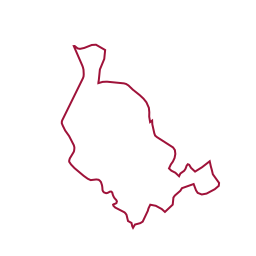 SVG path tracing the border of Varese, rotated 340°
{"feature_id": "ITA-5451", "entity_name": "Varese", "entity_type": "Province", "adm_level": 1, "iso_a3": "ITA", "parent_name": "Italy", "parent_adm1": "", "projection": "equal_earth", "projection_center": [8.786, 45.833], "detail": "fine", "context": "isolated", "style": "outline", "palette": "rose", "viewbox_px": 256, "rotation_deg": 340, "n_neighbors": 0, "source": "natural_earth", "source_scale": "10m", "svg_char_len": 1717}
<svg xmlns="http://www.w3.org/2000/svg" viewBox="0 0 256 256"><g transform="rotate(340 128 128)"><path d="M105.1,32.5L105.9,32.7L107.9,36.0L109.9,37.2L114.2,37.8L122.4,37.6L126.4,38.8L133.2,46.9L129.3,55.0L121.6,63.4L116.9,73.1L115.9,74.8L115.5,75.7L120.0,76.0L124.1,77.3L139.5,84.7L141.3,86.0L143.0,88.2L145.7,93.7L150.3,101.2L152.6,105.7L154.1,110.2L154.5,116.2L153.4,120.5L151.8,124.6L150.8,130.0L153.2,129.3L152.1,132.9L150.9,142.0L150.9,144.4L152.1,146.5L163.7,161.7L164.5,164.8L163.6,168.6L161.5,172.1L158.7,174.9L155.8,176.9L152.7,180.0L154.1,182.9L157.2,186.2L159.5,190.8L161.6,188.7L166.2,187.4L168.1,186.0L170.2,183.5L171.8,182.5L172.9,183.5L173.6,187.0L176.1,191.9L184.1,190.2L193.4,187.2L192.7,192.4L192.4,196.3L191.9,200.5L194.8,210.8L193.5,213.4L188.6,215.2L179.4,216.5L174.6,215.7L171.3,212.8L170.6,209.9L170.5,203.1L158.1,203.0L155.7,204.9L148.9,207.5L146.9,208.9L143.8,215.3L134.0,219.5L132.0,215.7L127.5,210.6L122.7,207.7L119.8,210.5L118.3,212.6L109.8,221.0L107.0,221.6L101.5,221.1L98.6,223.5L98.4,221.8L98.8,218.4L96.2,215.4L96.9,209.1L96.5,207.5L95.9,206.1L88.8,198.4L87.7,196.1L87.8,194.9L88.9,194.7L90.2,194.8L91.4,194.6L92.5,193.1L92.3,191.6L91.4,189.5L91.0,187.6L90.9,185.7L91.1,183.2L90.5,182.0L89.4,181.6L86.7,182.0L85.2,181.8L83.5,180.4L82.9,179.1L82.8,177.7L83.6,174.9L84.0,172.9L84.1,169.6L83.5,167.9L82.7,166.6L80.6,165.5L75.1,164.2L72.8,161.9L70.0,157.8L64.0,147.4L62.0,142.8L61.2,139.6L61.6,138.5L62.3,137.5L63.0,136.6L68.6,132.1L69.4,131.2L70.0,130.1L70.5,129.1L71.0,127.8L71.2,125.7L69.9,115.4L68.1,108.9L67.5,103.5L67.4,100.9L68.0,99.4L68.7,98.4L102.8,65.7L103.9,64.3L104.8,62.3L106.1,58.1L106.4,55.7L106.4,53.7L105.1,32.5Z" fill="none" stroke="#9f1239" stroke-width="2"/></g></svg>